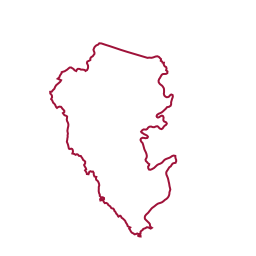 Restinga Sêca, Rio Grande do Sul, Brazil, rotated 44°
{"feature_id": "56859067B37835458668182", "entity_name": "Restinga Sêca", "entity_type": "district", "adm_level": 2, "iso_a3": "BRA", "parent_name": "Brazil", "parent_adm1": "Rio Grande do Sul", "projection": "robinson", "projection_center": [-53.306, -29.8], "detail": "fine", "context": "isolated", "style": "outline", "palette": "rose", "viewbox_px": 256, "rotation_deg": 44, "n_neighbors": 0, "source": "geoboundaries", "source_scale": "gbopen_adm2", "svg_char_len": 5198}
<svg xmlns="http://www.w3.org/2000/svg" viewBox="0 0 256 256"><g transform="rotate(44 128 128)"><path d="M114.5,58.5L113.2,57.7L111.6,58.1L110.6,57.9L109.3,57.3L108.5,56.1L107.5,57.0L106.2,56.5L104.9,56.9L103.9,55.5L102.4,55.5L100.9,55.4L99.3,56.0L98.2,57.4L97.1,59.7L96.2,61.1L95.4,61.8L94.4,62.6L93.3,64.0L74.1,74.0L68.5,76.8L62.8,79.5L58.2,81.7L54.0,83.8L50.2,85.6L48.5,87.0L48.6,88.7L47.8,90.6L47.7,92.7L48.1,94.1L48.8,95.7L50.2,96.5L51.3,96.9L52.4,98.0L52.6,99.6L52.8,100.8L52.3,102.7L52.5,104.0L53.7,105.3L53.2,106.9L52.6,108.5L53.3,109.8L54.5,110.3L55.8,110.8L56.9,111.8L57.7,112.9L58.3,114.7L57.8,116.5L56.6,116.3L54.9,117.4L53.6,118.7L52.2,119.1L50.9,120.2L50.7,121.4L51.2,123.0L49.4,123.6L47.8,123.4L46.5,123.7L45.0,124.0L44.0,125.1L43.8,126.9L43.7,128.3L43.4,129.5L43.0,131.2L42.1,132.8L41.5,133.9L42.2,134.9L42.4,136.5L42.8,138.0L43.4,139.3L43.2,141.4L46.7,140.1L47.1,141.7L47.0,143.4L46.8,145.3L46.6,147.1L47.0,149.0L47.8,151.0L47.7,152.8L47.9,154.9L46.9,156.0L48.2,157.2L49.6,157.2L50.8,157.6L52.1,158.7L52.6,160.6L54.0,160.7L55.5,161.3L56.6,161.8L57.9,161.7L59.4,161.9L60.8,162.5L62.0,162.9L63.0,162.9L63.2,161.5L63.8,160.3L65.1,159.3L66.1,159.4L67.3,159.7L68.8,159.7L70.3,159.9L71.1,160.8L70.8,162.5L72.3,162.8L73.5,162.9L74.7,162.3L76.2,162.0L77.2,163.2L78.1,164.5L79.5,165.4L80.8,165.8L81.8,166.3L82.8,167.0L83.8,168.2L84.6,169.6L85.5,170.9L86.4,172.2L87.7,173.1L88.7,173.8L89.6,175.2L90.8,176.3L91.6,177.6L92.4,178.6L93.6,180.4L95.0,181.0L96.3,181.6L97.4,182.3L98.6,183.1L99.8,183.9L100.8,183.5L101.5,182.3L102.5,181.9L103.7,182.3L104.9,183.3L105.7,185.0L107.4,184.0L108.9,183.7L109.5,182.3L110.6,181.9L112.1,182.1L113.5,180.9L115.0,181.3L116.4,181.5L117.7,182.1L119.3,181.9L120.5,181.9L121.8,183.3L122.1,185.1L123.7,185.7L125.3,186.1L126.6,186.7L126.5,188.3L128.0,188.6L129.5,189.0L130.4,189.7L131.7,188.7L130.6,186.3L131.1,185.1L132.1,184.8L133.0,183.7L134.5,184.1L135.5,185.1L136.4,185.7L137.6,186.2L139.2,185.2L139.8,186.4L141.0,187.3L142.4,187.2L143.4,187.2L144.8,187.7L146.3,188.5L147.3,189.4L147.9,190.7L149.2,192.0L150.8,193.8L152.4,194.9L153.9,195.5L154.9,196.5L156.1,196.5L157.4,196.8L157.9,195.4L159.3,195.0L160.2,195.8L160.2,197.2L161.7,197.9L163.5,198.2L164.4,197.0L165.9,196.6L167.3,197.1L168.4,196.9L169.8,196.7L171.3,197.2L172.4,196.9L173.4,196.2L174.7,196.4L175.7,197.1L176.9,197.0L178.0,197.4L179.2,197.8L180.5,197.7L181.5,198.2L182.7,198.4L183.2,196.6L184.3,196.4L185.7,197.0L187.3,196.7L188.6,196.7L189.8,196.7L190.9,196.9L191.9,197.4L193.1,197.7L194.5,198.0L195.9,198.8L197.4,198.5L198.7,198.0L198.8,199.6L200.1,199.8L201.5,200.3L202.9,200.6L204.1,200.5L205.2,200.0L206.5,200.0L207.3,198.9L207.9,197.5L209.6,196.9L210.1,194.9L209.1,193.9L209.0,192.5L209.4,191.4L209.1,190.0L210.1,188.0L210.5,186.3L211.7,185.4L213.0,185.0L214.2,184.6L214.5,183.2L212.7,183.5L211.4,182.7L210.4,181.9L209.2,181.7L207.7,181.7L206.6,181.7L205.0,181.7L203.3,181.6L202.4,180.9L201.5,179.7L201.2,177.9L201.3,176.3L201.4,174.7L201.2,173.3L201.1,171.9L200.9,170.1L200.9,168.8L201.4,165.9L201.6,164.1L201.8,162.8L202.2,161.3L203.4,159.2L204.1,157.6L204.4,155.6L204.5,154.0L204.9,152.4L205.0,151.1L204.9,149.8L204.4,148.1L203.5,146.6L202.5,145.5L201.9,144.3L201.2,142.9L199.9,142.0L198.6,141.2L197.5,140.4L196.6,139.7L195.6,139.0L194.6,138.4L193.3,137.5L191.8,136.5L189.6,135.5L188.1,134.9L186.7,133.8L186.0,132.6L185.7,130.8L185.3,129.0L185.0,127.5L185.4,125.9L185.0,124.1L184.8,122.6L185.5,121.2L186.4,120.0L185.7,118.3L184.5,117.3L183.5,116.9L182.6,116.3L181.4,115.2L180.0,116.1L179.3,117.3L179.0,118.6L178.7,120.0L178.2,121.2L177.6,122.4L176.9,123.9L176.5,125.1L176.4,126.4L176.5,127.7L176.5,129.5L176.0,131.2L175.1,133.0L174.7,134.5L174.6,136.7L174.5,138.7L173.8,141.0L173.1,142.5L172.0,143.3L170.4,142.8L169.2,141.7L169.1,140.3L168.4,139.2L166.9,139.5L165.3,139.3L163.7,139.3L162.5,138.5L162.1,136.9L161.6,135.8L160.7,134.8L159.2,133.8L157.5,133.0L156.0,132.5L154.5,131.9L150.3,129.4L148.9,128.7L146.9,128.6L145.3,127.9L144.7,126.7L145.2,124.9L146.6,123.9L147.7,123.2L148.8,121.7L148.5,120.5L147.2,120.2L145.3,120.7L144.1,121.2L142.6,121.4L141.0,121.8L140.0,121.6L139.8,119.6L140.2,118.2L141.1,117.4L142.1,116.6L142.5,115.3L142.2,113.8L142.5,112.2L143.6,110.9L145.2,110.2L146.3,109.2L147.0,107.5L147.8,106.4L148.9,106.1L150.2,106.3L151.6,106.2L152.9,105.5L153.2,104.3L152.8,102.1L152.8,100.8L153.2,99.3L152.9,97.9L151.6,97.4L150.5,97.8L149.4,98.2L148.3,98.0L147.4,97.2L146.4,95.8L145.0,95.1L143.8,95.5L143.2,96.8L142.9,98.5L142.3,99.7L141.3,100.0L140.3,99.6L139.8,98.2L140.2,96.3L140.8,95.0L141.4,93.3L141.6,91.7L141.7,89.6L141.8,87.8L141.6,85.9L142.8,84.2L143.2,82.3L142.5,80.9L141.1,79.5L139.4,76.3L139.0,75.2L138.2,74.0L137.1,73.3L135.8,73.9L135.5,75.5L135.7,76.8L135.3,78.0L134.4,79.0L133.2,79.4L131.6,79.4L130.0,78.5L129.3,77.5L128.4,76.5L127.3,75.4L126.3,74.6L125.3,74.3L124.1,74.0L123.0,73.9L121.6,74.1L120.3,74.2L119.2,74.0L118.2,73.7L117.1,72.7L116.4,71.1L116.2,69.7L115.8,68.4L115.3,66.2L115.7,64.8L116.8,63.7L117.7,62.8L118.2,61.3L117.1,59.9L115.3,60.0L114.5,58.5ZM209.6,196.9L210.2,198.5L211.3,198.2L212.4,197.3L211.4,196.4L209.6,196.9ZM157.4,196.8L157.4,198.6L158.5,199.3L159.2,198.2L158.5,197.2L157.4,196.8Z" fill="none" stroke="#9f1239" stroke-width="2"/></g></svg>